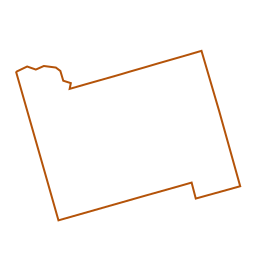 Vigo, Indiana, United States of America, rotated 74°
{"feature_id": "52423323B18777614483924", "entity_name": "Vigo", "entity_type": "district", "adm_level": 2, "iso_a3": "USA", "parent_name": "United States of America", "parent_adm1": "Indiana", "projection": "natural_earth1", "projection_center": [-87.485, 39.434], "detail": "fine", "context": "isolated", "style": "outline", "palette": "amber", "viewbox_px": 256, "rotation_deg": 74, "n_neighbors": 0, "source": "geoboundaries", "source_scale": "gbopen_adm2", "svg_char_len": 535}
<svg xmlns="http://www.w3.org/2000/svg" viewBox="0 0 256 256"><g transform="rotate(74 128 128)"><path d="M74.3,104.9L74.3,109.0L74.3,110.7L74.4,119.5L74.4,125.7L74.4,126.3L74.3,157.6L74.3,173.3L69.1,170.6L64.7,177.2L54.5,177.3L50.0,180.7L45.2,191.8L46.2,198.9L46.4,200.5L41.1,208.0L43.0,219.2L43.6,220.1L150.6,220.2L197.6,220.3L197.8,128.0L198.0,92.7L198.0,81.9L214.5,82.3L214.9,36.2L137.4,35.7L74.1,36.1L74.2,59.0L74.2,68.6L74.2,78.6L74.2,82.0L74.3,95.2L74.3,97.2L74.3,104.9Z" fill="none" stroke="#b45309" stroke-width="2"/></g></svg>